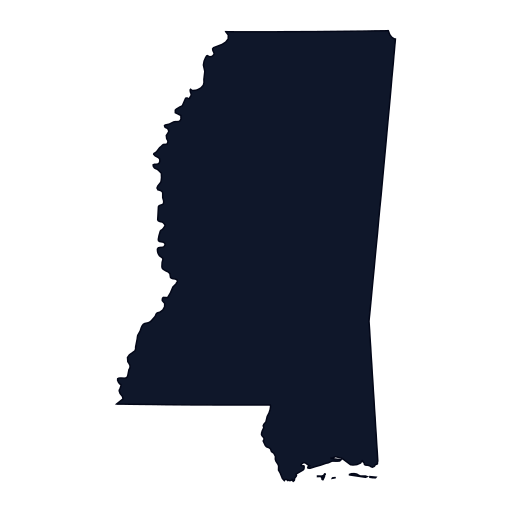 an SVG outline of Mississippi
{"feature_id": "USA-3544", "entity_name": "Mississippi", "entity_type": "State", "adm_level": 1, "iso_a3": "USA", "parent_name": "United States of America", "parent_adm1": "", "projection": "albers", "projection_center": [-90.036, 32.591], "detail": "fine", "context": "isolated", "style": "filled", "palette": "ink", "viewbox_px": 512, "rotation_deg": 0, "n_neighbors": 0, "source": "natural_earth", "source_scale": "10m", "svg_char_len": 5926}
<svg xmlns="http://www.w3.org/2000/svg" viewBox="0 0 512 512"><path d="M377.8,461.2L377.4,461.7L377.5,462.7L377.4,463.8L376.7,464.3L375.6,464.5L375.1,465.0L374.8,465.7L374.2,466.4L372.4,467.2L371.0,466.7L369.5,465.7L367.3,465.2L366.3,465.2L365.3,465.0L364.5,464.5L364.0,462.6L362.9,461.8L362.6,460.7L362.0,460.7L360.6,463.0L356.9,464.6L353.0,465.0L350.5,464.7L342.1,458.4L335.5,456.6L333.5,457.6L332.4,457.9L331.1,458.0L331.1,458.5L341.0,459.8L339.7,461.0L337.2,461.2L332.2,461.1L331.1,461.5L328.6,462.7L327.5,463.0L326.2,463.2L320.5,465.2L315.4,466.6L310.4,468.2L309.3,468.3L307.9,468.0L307.7,467.3L308.4,466.4L309.6,465.8L308.1,465.0L305.5,463.0L303.8,462.6L303.0,463.0L301.9,463.8L301.1,464.7L301.1,465.5L301.8,465.8L303.7,465.8L304.1,466.1L304.1,467.9L303.9,469.0L303.2,469.9L295.9,474.2L296.5,475.4L296.1,476.4L294.8,478.0L294.5,479.0L294.5,479.8L294.2,480.5L293.2,481.3L292.6,480.6L293.0,480.1L292.8,479.8L292.1,479.3L291.4,480.2L290.3,480.6L289.1,480.6L288.2,480.0L287.6,480.0L287.4,480.3L286.9,479.6L285.9,479.3L284.9,479.7L284.3,480.6L282.4,478.5L280.1,472.8L278.5,470.1L278.6,466.2L278.2,464.7L275.9,461.1L275.4,459.6L275.3,458.8L275.4,457.1L275.4,456.3L275.1,455.7L273.8,453.2L271.5,451.6L270.4,448.7L269.1,447.8L266.5,446.8L265.3,445.5L263.2,441.0L264.2,439.1L263.6,437.5L262.3,436.1L261.5,434.7L261.6,433.0L262.2,431.0L263.8,427.6L263.2,425.8L263.9,424.2L265.9,421.9L267.2,416.4L269.0,413.0L270.1,409.6L270.6,406.4L270.3,405.0L267.3,405.0L263.9,405.0L262.3,405.0L257.7,405.0L250.7,405.0L241.5,405.0L230.7,405.0L220.6,405.0L218.6,405.0L205.7,404.9L192.3,404.9L179.0,404.8L166.1,404.7L154.0,404.5L143.1,404.4L134.0,404.3L126.9,404.2L122.4,404.1L120.8,404.1L117.1,404.1L116.6,404.0L123.0,398.9L122.5,396.5L120.1,393.5L119.2,390.9L119.3,390.0L120.2,388.4L120.4,387.4L120.6,387.0L120.9,386.0L121.1,385.0L120.7,384.5L119.6,383.8L118.4,382.1L117.6,380.2L117.7,378.7L119.0,378.1L120.8,378.0L124.6,378.2L126.3,377.8L127.3,376.8L127.8,375.4L129.0,369.4L129.7,368.5L129.9,367.7L130.1,365.9L129.9,365.3L129.0,363.4L128.2,362.3L127.8,361.6L127.5,357.5L129.4,354.8L135.0,350.8L135.1,350.2L135.6,349.2L135.6,347.0L137.2,338.9L137.4,337.1L137.7,335.4L140.2,331.0L141.3,327.6L142.1,325.9L143.3,324.3L144.7,323.5L148.0,322.8L149.5,322.2L151.1,321.0L154.8,316.8L155.3,316.1L156.1,314.1L156.7,313.3L157.5,312.8L160.0,312.1L162.8,310.0L164.6,306.8L164.7,303.4L162.3,300.6L162.3,300.0L162.3,299.1L162.6,298.1L163.3,297.4L167.6,297.6L170.4,292.9L172.9,287.0L176.5,283.4L176.5,282.8L177.1,282.5L177.4,281.2L176.9,279.7L175.1,279.0L172.4,278.6L171.1,278.0L170.5,277.4L169.9,273.6L168.1,271.9L165.7,270.8L163.1,269.2L162.1,267.9L161.9,266.4L162.1,262.5L162.3,261.6L162.6,260.6L162.9,259.5L162.7,258.4L162.1,257.7L160.3,256.4L159.5,255.8L158.6,254.4L157.9,252.9L157.5,251.1L157.4,249.1L158.3,247.8L160.2,247.4L162.4,247.3L163.8,246.9L165.1,245.0L164.8,243.3L163.4,242.2L159.5,241.5L158.5,240.7L158.3,239.3L159.0,235.6L160.3,231.1L161.1,230.2L162.1,229.7L163.3,228.4L164.4,226.8L165.2,225.2L163.7,223.2L162.7,222.3L161.7,221.9L160.5,221.7L159.2,221.3L158.1,220.6L157.7,219.6L157.9,216.6L158.4,206.8L159.1,205.7L160.6,205.1L162.2,204.6L163.2,204.0L163.7,202.3L163.6,200.7L162.7,197.6L162.7,193.0L162.3,191.8L161.3,190.9L158.9,190.0L158.0,189.9L157.0,188.0L157.8,186.0L160.8,182.2L161.2,180.5L161.5,177.7L161.4,175.0L161.4,173.3L158.8,170.6L157.3,169.3L155.8,168.7L154.5,168.0L153.4,166.5L153.1,164.9L154.3,164.3L156.1,164.3L157.9,164.0L159.2,163.1L159.9,161.1L159.6,158.8L158.4,157.6L155.2,155.9L153.7,154.3L153.9,153.5L155.1,152.8L156.5,151.8L159.6,147.7L160.3,147.1L160.9,146.7L162.5,145.1L163.3,144.5L164.2,144.4L166.2,144.3L167.0,144.0L168.0,142.0L167.6,140.2L166.7,138.7L166.3,135.5L167.7,133.4L168.9,131.2L167.7,128.6L166.6,128.0L165.6,127.6L164.8,126.9L164.5,125.6L165.2,125.0L169.3,124.1L170.3,123.6L173.7,121.9L175.4,121.6L177.2,121.6L178.8,121.5L180.0,120.8L181.0,119.1L180.9,115.5L175.3,112.7L175.3,110.1L176.3,109.1L180.1,106.8L181.4,106.3L182.4,105.6L185.4,98.7L185.7,98.2L186.3,98.0L187.3,98.0L188.5,98.6L189.3,98.7L189.6,98.3L189.9,97.4L191.0,95.7L191.2,94.9L191.1,93.8L190.4,92.0L190.2,90.7L190.2,89.8L190.6,89.3L191.5,90.1L192.1,90.4L193.0,90.5L196.2,90.2L198.0,89.5L200.8,88.0L203.3,85.3L204.0,82.5L203.9,79.3L204.8,71.4L203.4,65.0L204.1,61.1L205.5,57.8L206.6,55.9L207.5,55.6L209.0,56.6L210.7,56.7L212.4,56.2L213.1,55.4L214.2,54.1L213.8,52.4L212.9,50.6L212.6,48.9L213.5,47.7L222.1,44.4L225.7,42.1L228.2,38.9L228.3,35.0L226.0,32.1L225.8,31.7L235.7,31.8L245.7,31.8L255.6,31.8L265.5,31.8L275.5,31.8L285.4,31.7L295.4,31.7L305.3,31.6L315.2,31.6L325.2,31.5L335.1,31.4L345.1,31.3L355.0,31.2L364.9,31.1L374.9,30.9L384.8,30.8L387.5,30.7L388.3,30.7L389.7,34.5L391.6,37.1L394.1,38.8L395.4,39.0L395.3,40.5L395.0,43.8L394.9,44.6L394.7,46.9L394.4,50.7L393.9,55.7L393.4,62.0L392.7,69.4L391.9,77.8L391.1,87.1L390.2,97.3L389.2,108.1L388.1,119.6L387.0,131.6L385.9,143.9L384.7,156.6L383.5,169.5L382.3,182.5L381.1,195.5L379.8,208.3L378.6,221.0L377.5,233.4L376.3,245.4L375.2,256.8L374.2,267.7L373.2,277.8L372.3,287.1L371.5,295.6L370.8,303.0L370.2,309.2L369.7,314.3L369.3,318.0L369.1,320.3L369.0,321.1L369.6,329.9L370.1,338.6L370.7,347.4L371.2,356.2L371.8,364.9L372.3,373.7L372.9,382.4L373.4,391.2L374.0,399.9L374.5,408.7L375.1,417.4L375.6,426.2L376.2,434.9L376.7,443.7L377.3,452.4L377.8,461.2L377.8,461.2ZM358.6,475.2L360.4,476.0L365.4,476.0L367.1,476.6L366.4,476.9L365.6,477.3L349.5,474.9L349.5,474.4L351.5,473.7L354.2,473.6L356.8,474.1L358.6,475.2ZM325.1,473.9L325.2,474.4L324.7,474.7L324.5,474.9L324.6,475.9L324.3,476.9L323.0,479.7L322.7,479.7L322.4,479.6L322.2,479.4L321.9,479.0L322.2,478.8L322.6,478.2L323.0,477.8L322.4,477.1L321.9,477.8L321.1,476.8L320.0,476.5L317.5,476.6L317.5,476.0L321.7,476.1L323.6,475.5L324.6,473.9L325.1,473.9ZM369.9,477.3L369.9,476.6L376.0,477.2L375.5,477.8L372.6,477.7L369.9,477.3ZM334.6,477.6L335.7,477.6L334.5,477.9L332.3,478.3L332.5,477.9L334.6,477.6Z" fill="#0f172a" stroke="#020617" stroke-width="1.5"/></svg>